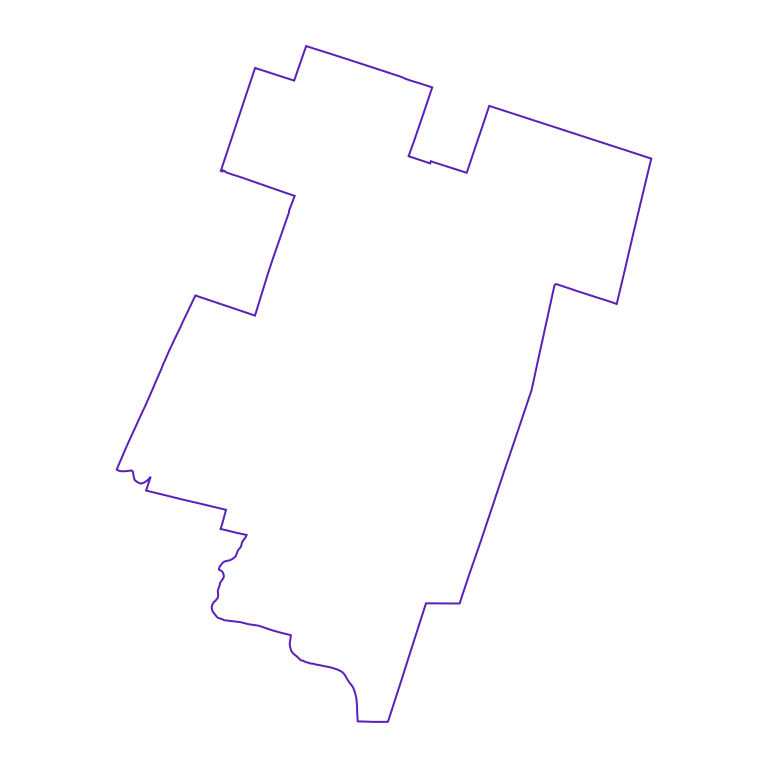 Gheorghe Doja, Ialomita, Romania
{"feature_id": "2599482B31175002278659", "entity_name": "Gheorghe Doja", "entity_type": "district", "adm_level": 2, "iso_a3": "ROU", "parent_name": "Romania", "parent_adm1": "Ialomita", "projection": "natural_earth1", "projection_center": [27.18, 44.644], "detail": "fine", "context": "isolated", "style": "outline", "palette": "violet", "viewbox_px": 768, "rotation_deg": 0, "n_neighbors": 0, "source": "geoboundaries", "source_scale": "gbopen_adm2", "svg_char_len": 3224}
<svg xmlns="http://www.w3.org/2000/svg" viewBox="0 0 768 768"><path d="M387.1,721.8L387.4,721.9L387.8,721.9L388.9,718.9L389.1,718.2L389.9,715.8L393.7,704.0L395.3,698.9L396.3,696.0L402.8,675.9L407.6,660.7L426.0,603.3L459.6,603.5L469.6,573.3L469.7,573.1L480.2,542.9L490.0,513.7L500.9,481.0L506.0,465.7L509.5,455.6L518.7,428.5L529.3,396.9L531.6,390.1L536.8,365.9L538.2,359.3L543.4,336.0L546.2,322.9L546.3,322.7L546.4,322.3L546.7,321.1L546.9,320.0L547.8,316.0L547.9,315.4L549.2,309.5L550.1,305.0L550.3,304.5L552.6,293.7L553.5,289.9L554.3,286.2L554.5,285.4L555.0,284.5L556.0,284.2L556.7,284.2L560.9,285.6L564.7,286.9L571.4,289.1L577.2,291.1L584.7,293.5L595.2,296.9L604.7,299.9L610.8,301.9L613.2,302.7L616.7,304.0L617.0,302.8L624.8,270.1L633.2,233.9L648.3,170.8L651.3,158.6L545.3,124.1L534.5,120.6L510.8,112.9L489.2,105.9L489.1,106.2L483.7,122.5L480.9,130.8L477.7,140.1L470.4,161.9L470.2,162.5L466.7,172.8L432.3,161.8L430.9,161.2L430.2,163.4L408.6,156.2L413.1,143.6L413.3,143.2L424.1,111.6L432.1,87.7L432.2,87.4L419.6,83.3L415.7,82.1L412.9,81.3L408.9,80.0L406.3,79.1L405.4,78.8L404.6,78.4L403.9,78.0L402.0,77.2L400.5,76.6L396.2,75.2L393.0,74.2L391.9,73.8L377.3,69.0L351.8,60.7L348.0,59.4L343.3,57.9L306.1,46.1L296.6,73.6L294.2,80.6L255.1,68.0L243.1,103.8L231.6,138.5L220.8,170.9L222.1,171.4L222.5,171.5L222.9,170.4L224.3,170.7L225.8,172.2L232.2,174.5L242.7,177.8L253.0,181.5L257.1,182.9L271.1,187.8L285.9,192.9L291.7,194.9L294.7,195.9L289.1,210.5L289.1,212.0L273.2,257.7L267.9,273.7L255.0,315.6L195.4,295.5L185.9,315.4L183.0,321.4L180.9,326.2L177.9,332.3L174.5,339.3L171.4,346.0L169.0,351.0L166.0,358.0L162.9,364.8L161.8,367.9L155.3,382.8L152.0,390.6L146.0,404.2L145.1,406.2L142.3,412.1L128.0,443.3L124.9,450.3L118.8,464.6L116.7,469.6L118.0,470.4L119.9,471.0L121.1,471.2L122.3,471.3L125.6,471.2L128.8,470.8L131.6,470.5L132.6,471.2L133.0,472.2L133.3,474.0L133.7,476.5L134.3,478.7L134.7,480.1L137.3,482.0L139.3,483.1L141.2,483.6L144.1,482.6L147.1,480.7L150.7,476.8L146.1,490.5L147.4,490.9L182.0,499.4L205.8,505.0L215.9,507.4L226.0,509.8L222.5,522.9L220.6,529.0L221.1,529.0L235.6,532.6L246.6,535.0L245.5,537.5L243.5,540.0L241.9,542.6L241.2,546.0L240.2,547.7L238.4,549.7L237.6,551.1L235.9,555.9L234.4,557.5L232.1,559.2L229.7,560.3L226.9,560.9L225.1,561.3L223.0,562.4L221.6,564.2L219.6,566.7L218.9,569.6L220.2,570.4L221.1,570.7L222.1,571.4L223.0,572.9L223.7,575.0L223.7,577.4L222.5,579.5L221.3,581.0L220.2,582.8L219.7,585.0L217.8,590.7L218.1,594.3L218.2,595.8L217.9,597.3L217.3,598.5L215.5,600.7L213.7,602.2L212.3,604.8L211.6,607.8L212.4,610.5L212.8,611.6L215.7,615.4L217.6,617.6L220.0,618.5L222.7,619.4L224.2,620.2L240.7,622.2L248.4,624.2L258.6,625.7L272.8,630.5L281.6,632.9L289.4,634.8L290.3,635.1L290.9,635.4L289.7,643.7L289.9,645.6L290.5,648.3L291.2,650.6L292.3,652.4L294.0,654.2L296.9,656.5L299.4,658.9L300.8,660.3L303.0,660.7L305.7,662.1L308.1,662.6L310.5,663.5L313.1,663.7L316.2,664.6L319.5,665.1L323.5,666.0L329.3,667.1L333.0,668.1L337.0,669.4L339.6,670.6L341.2,671.4L342.7,672.5L344.5,674.5L345.8,676.7L347.4,679.5L349.0,681.9L351.4,685.0L353.1,687.4L354.8,692.0L356.3,697.7L356.6,700.9L357.1,706.4L357.1,711.2L357.7,721.4L366.2,721.6L373.4,721.9L381.7,721.9L387.1,721.8Z" fill="none" stroke="#5b21b6" stroke-width="2"/></svg>